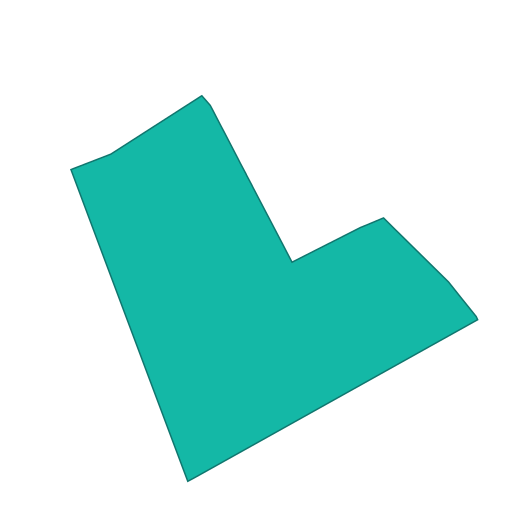 outline of Al Koma, North Darfur, Sudan, rotated 332°
{"feature_id": "16777658B3899711101955", "entity_name": "Al Koma", "entity_type": "district", "adm_level": 2, "iso_a3": "SDN", "parent_name": "Sudan", "parent_adm1": "North Darfur", "projection": "robinson", "projection_center": [27.366, 14.121], "detail": "fine", "context": "isolated", "style": "filled", "palette": "teal", "viewbox_px": 512, "rotation_deg": 332, "n_neighbors": 0, "source": "geoboundaries", "source_scale": "gbopen_adm2", "svg_char_len": 1027}
<svg xmlns="http://www.w3.org/2000/svg" viewBox="0 0 512 512"><g transform="rotate(332 256 256)"><path d="M386.5,282.3L385.8,282.2L385.0,282.1L381.6,281.8L380.1,281.7L379.5,281.6L378.7,281.5L377.1,281.4L365.6,280.3L364.9,280.2L364.3,280.2L363.6,280.1L363.2,280.1L362.9,280.0L362.5,280.0L362.0,279.9L357.5,279.8L331.4,279.3L328.3,279.3L326.8,279.2L284.9,278.4L284.9,276.5L285.0,264.9L285.1,257.0L285.1,254.6L285.2,239.8L285.3,228.9L285.3,224.0L285.4,211.1L285.4,210.5L285.5,198.6L285.5,194.1L285.6,191.3L285.6,191.1L285.6,188.2L285.6,179.9L285.7,179.3L285.7,171.0L285.7,166.8L285.8,161.7L286.0,141.1L286.0,140.7L286.1,131.4L286.1,124.9L286.1,124.2L286.2,114.1L286.3,107.1L286.3,105.2L286.3,104.9L286.3,103.9L286.3,102.5L286.3,101.5L286.2,101.1L285.4,97.6L283.9,91.3L283.4,89.1L282.6,89.1L175.6,97.9L133.2,92.8L125.9,148.3L121.3,183.3L90.0,422.9L96.2,422.9L365.5,417.4L421.8,416.3L422.0,412.8L417.2,387.7L413.8,369.3L412.9,366.5L393.7,305.4L391.3,297.9L386.5,282.3Z" fill="#14b8a6" stroke="#0f766e" stroke-width="1.5"/></g></svg>